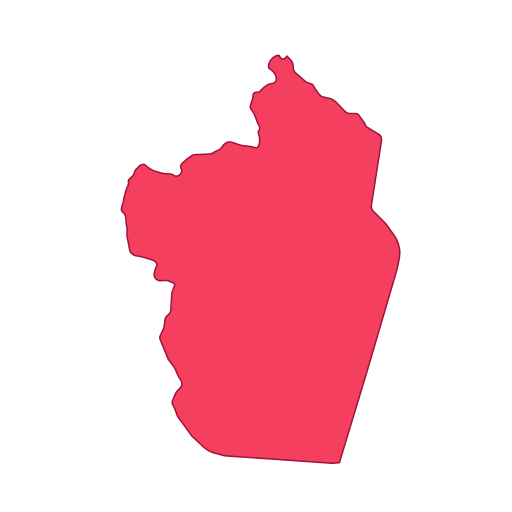 an SVG outline of Ar Riyad, rotated 11°
{"feature_id": "SAU-1097", "entity_name": "Ar Riyad", "entity_type": "Region", "adm_level": 1, "iso_a3": "SAU", "parent_name": "Saudi Arabia", "parent_adm1": "", "projection": "albers", "projection_center": [44.266, 23.395], "detail": "fine", "context": "isolated", "style": "filled", "palette": "rose", "viewbox_px": 512, "rotation_deg": 11, "n_neighbors": 0, "source": "natural_earth", "source_scale": "10m", "svg_char_len": 3674}
<svg xmlns="http://www.w3.org/2000/svg" viewBox="0 0 512 512"><g transform="rotate(11 256 256)"><path d="M234.9,149.8L235.8,149.7L236.6,149.4L237.1,148.6L237.4,147.7L237.7,146.7L237.7,145.3L237.7,143.6L237.3,140.6L236.8,138.9L236.2,137.5L234.9,135.3L234.6,134.1L234.8,132.7L235.3,130.5L235.1,128.9L235.0,128.7L231.6,124.2L227.7,117.7L226.7,116.4L223.2,112.9L222.5,112.0L222.0,111.0L221.8,110.0L221.8,109.0L222.7,102.6L222.7,100.5L222.4,98.3L222.5,97.2L223.3,96.1L224.3,95.5L225.3,95.1L227.0,94.8L227.5,94.5L228.3,93.8L231.4,89.2L233.1,87.3L235.0,85.5L236.1,84.8L237.2,84.2L239.3,83.4L240.3,82.9L241.2,82.2L241.7,81.4L242.0,80.6L242.2,80.0L242.2,79.9L242.2,79.1L242.1,78.2L241.9,77.2L241.5,76.2L240.9,75.1L240.1,74.1L239.3,73.2L237.5,71.7L235.5,70.4L232.7,69.1L232.4,68.5L232.0,66.8L231.9,65.8L232.0,64.7L232.1,63.8L232.6,62.3L233.2,60.7L234.4,58.8L235.5,57.3L236.9,56.0L237.5,55.6L240.1,54.6L240.9,55.3L241.1,55.5L241.9,56.5L242.7,57.1L243.6,57.5L244.6,57.6L245.7,57.1L246.6,56.5L248.4,53.9L248.8,54.2L252.6,56.9L254.4,58.6L255.1,59.6L255.7,60.8L256.9,65.0L257.5,66.3L258.6,67.6L259.6,68.5L271.9,75.6L273.9,76.2L277.1,76.4L278.1,76.6L279.1,77.1L279.9,77.9L282.7,81.1L286.9,85.1L288.8,86.3L289.7,86.8L291.6,87.1L298.8,87.3L300.7,87.6L302.6,88.3L305.4,89.8L316.3,97.4L317.3,97.8L318.4,98.2L319.4,98.3L320.4,98.3L326.9,97.1L328.0,97.1L329.0,97.4L329.9,98.0L337.3,104.9L338.5,106.8L339.3,107.7L340.2,108.2L354.3,113.5L354.9,113.9L355.5,114.5L356.1,115.4L356.6,116.3L356.9,117.2L357.2,118.7L359.6,184.2L360.0,186.4L360.4,187.1L361.0,188.1L361.8,189.0L377.8,200.0L389.3,211.0L391.1,213.3L393.1,216.4L395.1,220.6L396.3,224.0L397.1,230.0L397.1,240.9L387.2,346.5L377.3,442.9L371.3,444.8L263.5,458.1L251.5,457.3L247.2,456.3L244.7,455.4L241.4,453.8L228.5,445.7L227.7,445.2L209.7,428.5L205.2,421.1L202.6,417.9L201.9,416.7L201.6,415.2L201.6,414.0L203.4,405.6L204.3,403.8L207.0,399.5L207.3,398.7L207.7,397.7L207.7,396.5L207.7,395.7L207.4,394.6L206.8,393.4L203.0,389.2L200.3,385.6L198.9,383.2L196.4,380.3L189.7,374.3L177.9,356.4L177.4,355.4L177.1,354.4L177.1,353.3L177.2,352.4L179.0,345.3L179.3,343.2L178.8,335.0L178.9,334.0L179.3,333.0L179.9,332.1L181.2,330.3L181.8,329.4L182.2,328.4L182.5,327.4L182.7,326.4L182.7,325.4L180.5,309.1L180.6,307.0L181.8,299.9L181.8,299.7L181.1,298.9L180.3,298.4L179.3,298.1L174.0,297.1L173.0,297.0L172.0,297.2L166.6,298.6L165.6,298.7L164.6,298.6L162.6,297.9L161.6,297.2L160.7,296.3L159.7,294.5L159.4,293.2L159.4,292.1L159.7,287.1L160.4,285.0L160.6,284.1L160.4,283.1L159.7,282.0L158.5,281.0L157.4,280.4L156.3,280.0L154.3,279.6L144.5,278.6L137.6,278.7L135.9,278.4L135.0,278.1L134.0,277.6L133.0,277.0L132.2,276.3L131.6,275.5L131.1,274.8L125.5,260.9L124.3,253.9L123.9,252.6L122.8,250.1L120.5,242.3L119.7,240.8L118.8,239.8L117.9,239.1L116.3,238.0L115.8,237.6L115.3,236.9L114.9,235.9L114.9,232.8L115.4,228.2L115.3,223.7L116.0,215.3L116.8,211.7L117.0,209.8L117.0,208.7L116.4,207.0L116.3,206.7L116.4,205.9L116.7,205.2L117.4,204.0L119.5,201.3L119.6,201.2L120.2,199.8L120.7,197.6L120.8,195.9L121.6,194.1L124.6,189.6L125.3,189.0L126.5,188.1L127.5,187.7L128.5,187.5L129.5,187.7L134.2,190.2L136.1,190.9L139.2,191.8L147.3,192.7L149.5,192.7L155.8,191.8L157.9,191.9L161.3,192.9L162.2,193.0L163.1,192.7L164.1,192.2L165.2,191.3L166.1,190.1L166.9,188.3L166.9,187.0L166.6,185.8L165.5,183.8L165.0,182.8L164.9,181.8L165.1,180.7L165.7,179.3L170.0,173.6L174.2,169.4L175.3,168.7L176.4,168.2L191.1,164.7L192.9,163.9L194.0,163.1L196.4,160.9L199.5,158.8L200.4,157.9L201.3,156.5L202.9,153.2L204.1,151.6L204.8,150.9L205.4,150.4L206.1,149.9L207.0,149.5L208.0,149.2L209.0,149.0L211.0,149.0L220.4,150.2L230.9,149.5L234.9,149.8Z" fill="#f43f5e" stroke="#9f1239" stroke-width="1.5"/></g></svg>